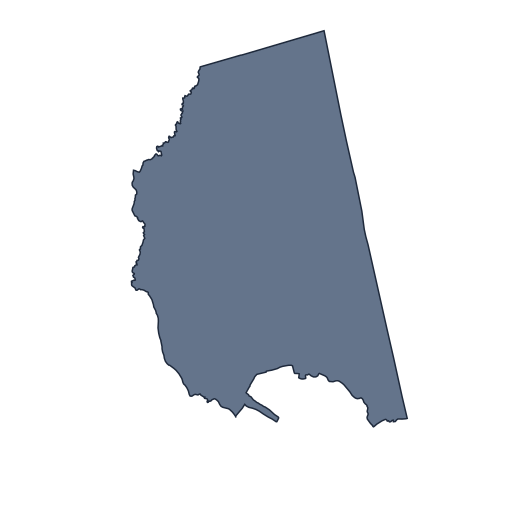 Phalombe, Phalombe, Malawi, rotated 344°
{"feature_id": "42251766B10434937590290", "entity_name": "Phalombe", "entity_type": "district", "adm_level": 2, "iso_a3": "MWI", "parent_name": "Malawi", "parent_adm1": "Phalombe", "projection": "robinson", "projection_center": [35.613, -15.69], "detail": "fine", "context": "isolated", "style": "filled", "palette": "slate", "viewbox_px": 512, "rotation_deg": 344, "n_neighbors": 0, "source": "geoboundaries", "source_scale": "gbopen_adm2", "svg_char_len": 6102}
<svg xmlns="http://www.w3.org/2000/svg" viewBox="0 0 512 512"><g transform="rotate(344 256 256)"><path d="M356.6,453.8L357.7,431.0L360.2,391.5L361.8,361.7L366.8,276.2L366.9,267.6L367.4,260.2L370.1,242.1L372.9,207.7L372.8,202.2L374.6,170.6L376.5,143.5L383.5,58.2L297.7,58.9L296.4,58.7L254.9,58.8L254.4,58.9L253.6,60.9L252.4,61.8L251.4,62.9L251.1,63.5L251.4,65.8L251.1,66.4L250.5,66.9L249.2,67.4L248.9,68.1L249.7,69.2L249.9,70.0L249.7,70.7L249.1,72.1L247.0,75.3L244.9,76.0L244.3,75.8L243.7,76.2L243.1,77.5L242.6,78.0L242.0,77.8L241.7,77.1L241.0,77.3L240.7,78.0L240.2,78.4L238.3,79.0L238.3,79.8L238.9,80.2L238.9,80.9L238.1,82.2L237.4,82.4L236.1,81.8L235.5,82.1L234.4,83.1L233.8,83.3L233.1,83.2L232.0,82.3L231.5,82.8L231.1,84.2L230.4,84.3L229.1,84.0L228.9,84.8L228.9,87.0L228.5,88.5L228.2,89.1L227.5,89.0L226.9,89.4L226.6,90.1L227.2,90.4L227.6,91.7L226.4,92.5L226.3,93.2L225.8,93.8L225.7,94.5L224.5,93.8L223.8,94.0L223.7,94.8L224.0,95.5L224.5,96.0L225.7,96.6L224.8,97.7L224.6,98.4L223.9,98.6L223.5,99.2L222.9,99.5L222.7,100.2L223.1,101.7L222.8,102.4L222.2,102.6L221.5,102.4L221.3,103.1L221.5,103.8L220.6,104.9L220.7,105.7L220.2,106.2L220.0,106.9L220.2,107.7L219.8,108.0L219.2,107.8L218.0,106.9L217.7,105.4L217.0,105.5L215.8,107.3L215.1,107.4L214.6,107.9L214.9,109.3L214.1,112.3L214.3,114.5L213.6,114.7L212.4,114.0L211.8,114.3L211.6,115.0L211.4,118.0L210.0,117.9L209.6,118.5L209.0,118.9L208.4,118.7L207.0,118.8L206.7,118.2L206.1,117.9L205.9,117.1L205.3,117.0L204.6,118.3L204.8,119.8L204.6,120.5L203.6,121.6L203.4,122.2L202.7,122.5L201.5,122.0L201.1,121.4L200.5,121.2L199.4,122.1L198.0,121.9L197.9,122.7L196.9,123.7L196.6,124.4L196.1,123.9L195.5,124.3L194.8,124.2L193.5,124.4L192.9,124.1L192.3,124.3L192.0,123.6L191.4,123.3L190.7,123.6L190.1,124.9L190.1,127.2L190.4,127.8L191.1,128.0L191.1,128.8L192.4,128.5L193.5,129.3L193.2,133.1L192.6,133.6L191.5,132.7L190.1,132.9L189.5,132.7L188.6,130.7L188.0,130.3L186.1,131.4L185.9,132.1L185.3,132.5L184.7,132.7L184.2,133.2L183.5,133.3L182.9,133.9L181.0,134.3L179.1,133.6L177.8,133.9L177.3,133.7L175.8,134.1L174.4,134.1L173.1,135.4L172.3,137.5L171.6,137.8L171.2,138.3L170.0,140.2L168.1,142.5L166.9,143.3L165.1,142.2L163.5,140.7L161.9,139.8L160.5,143.3L160.3,146.5L160.0,148.0L158.7,149.9L157.6,150.8L157.0,151.7L156.5,153.9L157.0,156.0L158.9,159.2L159.1,160.8L158.9,162.3L158.3,163.7L156.9,164.2L156.2,166.3L155.4,167.5L155.1,169.0L154.0,170.0L153.6,171.4L152.8,172.7L150.2,176.1L149.8,176.8L149.5,178.2L150.5,183.4L150.8,184.3L151.5,184.5L152.6,186.0L152.8,186.8L152.4,187.4L153.0,188.8L152.9,189.5L154.5,191.1L155.1,191.3L156.4,190.9L156.9,191.5L157.2,192.9L157.9,194.2L158.0,194.9L157.9,195.6L157.4,196.2L157.3,197.0L156.6,197.2L156.0,196.7L155.4,196.6L154.9,197.2L155.0,197.9L155.9,199.0L155.4,201.9L154.1,202.5L154.1,203.3L154.8,204.6L153.6,205.4L154.0,208.3L152.2,209.6L151.2,211.6L149.3,214.3L147.5,215.3L146.8,217.5L146.1,217.6L145.6,218.0L145.9,220.2L145.0,222.3L142.6,224.9L142.7,226.4L141.8,227.6L141.2,227.6L140.5,227.4L139.6,228.5L139.0,228.7L139.3,229.4L138.9,230.3L139.4,230.8L139.2,231.6L138.9,231.4L136.9,231.9L136.1,233.0L134.7,233.0L134.2,233.5L134.0,234.2L132.9,236.1L132.7,236.9L132.8,237.6L133.2,238.3L134.2,239.3L133.9,240.0L132.6,240.5L132.2,241.0L132.5,241.8L132.4,242.5L133.4,243.6L133.5,244.9L133.4,245.8L132.7,246.0L132.1,245.6L129.4,245.9L129.1,246.6L129.5,247.2L129.0,247.6L128.5,249.3L128.5,250.0L128.8,250.7L130.9,253.4L131.1,255.6L131.7,256.0L132.4,256.1L134.3,255.3L135.0,255.5L135.8,256.6L137.1,256.9L138.9,258.0L140.8,260.1L142.0,260.7L142.4,261.5L141.9,262.9L142.1,263.6L142.7,264.9L143.9,269.2L144.0,274.6L143.7,276.8L144.5,280.6L144.5,282.8L144.3,283.5L144.9,285.7L144.9,288.8L144.2,291.7L142.0,298.1L141.2,303.3L141.0,307.9L141.3,311.0L141.1,311.7L140.7,317.2L140.1,319.4L139.8,322.4L140.1,326.1L139.7,329.1L139.9,332.3L140.9,335.0L142.1,336.9L142.9,337.2L146.1,341.4L147.7,343.9L149.5,348.0L150.9,353.2L151.0,354.7L150.9,357.0L151.1,358.6L151.3,359.3L152.1,360.5L152.9,362.6L153.3,364.0L153.8,367.0L153.7,370.8L154.1,372.5L155.4,373.0L156.1,373.0L158.0,372.3L159.4,372.2L161.8,373.5L162.5,373.5L163.1,373.2L164.2,373.2L164.7,374.6L167.2,377.3L167.8,377.6L167.2,378.0L167.4,378.7L169.2,379.6L169.7,380.1L169.8,380.9L169.6,381.6L169.0,382.1L168.8,382.8L169.1,383.4L169.8,383.4L170.8,382.5L171.4,382.9L172.7,382.9L173.9,382.1L175.9,381.8L176.5,381.7L177.7,382.5L178.6,383.7L179.7,385.6L180.2,388.6L180.9,390.7L181.4,391.3L182.4,392.3L187.4,395.2L188.4,396.3L190.3,399.5L191.4,402.2L192.1,404.3L192.1,405.7L192.4,404.3L193.0,403.8L200.8,398.6L204.3,395.5L205.3,397.5L207.4,399.5L210.6,401.3L213.7,403.5L216.5,406.2L219.5,409.9L223.3,414.1L226.7,417.3L229.7,420.9L230.4,421.0L232.9,418.3L233.2,417.7L233.0,416.9L230.1,413.5L226.5,407.6L223.1,403.6L221.9,402.8L220.6,401.1L218.9,399.6L217.6,397.9L216.4,397.0L215.2,395.2L213.8,393.6L212.4,390.0L210.8,388.6L210.5,387.1L209.1,385.4L208.8,384.7L213.5,380.0L214.1,379.7L214.8,378.3L220.0,373.5L221.5,371.7L224.2,370.0L233.7,370.4L234.1,369.7L234.8,369.6L239.7,370.1L245.5,370.1L248.3,369.5L251.2,369.4L257.0,370.0L259.7,370.7L260.8,371.6L260.6,378.9L261.0,379.6L263.8,380.5L265.1,381.2L263.5,384.8L264.6,385.9L265.8,386.7L267.4,387.2L269.6,387.4L270.2,387.1L270.5,384.7L270.9,384.3L271.4,384.0L272.7,384.5L274.1,384.1L274.7,384.4L275.9,386.3L277.6,387.8L278.2,388.2L280.3,388.7L282.3,388.2L283.8,386.6L284.5,386.3L289.0,390.0L290.0,391.1L290.8,392.4L291.2,395.4L291.9,396.8L295.4,398.1L298.4,398.0L300.4,398.5L301.7,399.5L303.9,402.2L305.1,404.1L308.8,412.5L310.0,416.5L311.7,419.2L312.8,420.3L314.1,421.1L316.2,421.4L317.8,421.2L318.9,422.5L319.3,423.9L319.4,426.3L320.4,428.5L320.9,429.0L321.5,430.3L321.3,431.1L321.7,432.5L321.2,433.9L320.1,435.8L320.0,436.6L320.3,438.1L320.2,439.0L318.5,441.3L318.2,442.0L318.1,443.5L319.9,448.5L321.4,451.3L321.4,452.1L321.9,452.6L322.6,452.4L325.8,450.9L331.6,449.2L335.2,448.7L335.8,448.9L336.3,449.5L336.6,450.2L336.7,450.9L337.9,450.9L338.5,452.2L339.2,452.4L339.9,452.4L341.4,451.6L342.6,451.6L342.4,453.2L344.3,453.5L346.2,452.2L347.5,451.8L351.9,453.1L355.4,453.8L356.6,453.8Z" fill="#64748b" stroke="#1e293b" stroke-width="1.5"/></g></svg>